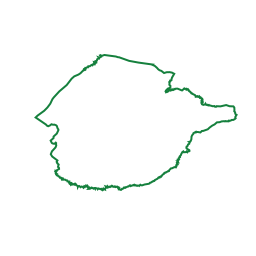 Ulanga, Morogoro, United Republic of Tanzania, rotated 217°
{"feature_id": "72390352B93515871634078", "entity_name": "Ulanga", "entity_type": "district", "adm_level": 2, "iso_a3": "TZA", "parent_name": "United Republic of Tanzania", "parent_adm1": "Morogoro", "projection": "albers", "projection_center": [36.287, -9.043], "detail": "fine", "context": "isolated", "style": "outline", "palette": "green", "viewbox_px": 256, "rotation_deg": 217, "n_neighbors": 0, "source": "geoboundaries", "source_scale": "gbopen_adm2", "svg_char_len": 5744}
<svg xmlns="http://www.w3.org/2000/svg" viewBox="0 0 256 256"><g transform="rotate(217 128 128)"><path d="M208.1,80.8L195.6,81.4L194.1,81.1L192.8,81.4L191.8,83.2L191.4,84.9L189.8,85.5L188.8,86.4L187.0,86.9L186.1,86.8L183.8,85.2L182.8,85.0L182.3,84.4L181.5,80.7L182.3,76.4L181.4,75.1L182.2,71.4L180.3,70.4L179.5,70.2L178.3,70.5L177.2,71.2L176.9,72.8L176.3,72.7L175.9,71.9L174.8,70.9L174.2,68.9L174.7,63.6L173.9,60.6L171.4,59.6L164.8,59.6L164.6,58.0L163.6,57.7L163.2,57.2L161.4,57.1L160.5,54.8L159.1,54.6L158.4,53.8L159.3,51.8L159.1,51.0L159.5,50.8L159.4,50.4L160.0,50.2L159.7,49.9L159.9,49.5L158.5,48.9L158.5,48.5L157.7,48.5L158.0,48.2L157.6,47.7L156.2,47.4L154.9,47.7L154.2,47.5L153.4,48.0L152.3,47.3L151.4,48.0L150.2,47.3L150.2,48.2L149.9,48.6L149.4,48.4L149.3,47.8L149.0,47.5L147.2,48.9L146.3,48.9L145.0,49.5L144.2,48.9L142.7,49.9L142.3,48.9L141.2,48.4L141.0,49.5L140.1,50.1L139.8,49.9L140.0,49.0L139.3,48.3L138.6,49.8L138.0,49.7L137.7,50.4L136.9,50.5L137.1,51.3L136.8,51.8L135.5,51.7L135.0,51.1L133.1,51.5L132.6,50.9L132.7,51.6L132.1,52.3L130.2,52.2L130.0,53.2L128.9,53.7L127.7,53.5L128.0,55.3L127.6,55.4L127.3,54.8L126.9,54.8L126.9,55.7L126.5,56.1L126.7,56.6L125.9,56.5L125.9,57.5L125.3,57.4L124.2,56.4L123.6,57.0L123.2,56.4L122.5,56.3L122.6,55.9L121.9,56.5L121.9,57.0L120.9,56.9L121.4,57.2L121.4,58.3L120.8,58.3L120.6,58.7L119.1,58.8L119.0,59.6L118.5,60.0L117.7,59.7L117.9,60.2L117.6,60.7L117.1,60.6L115.8,61.4L115.3,61.0L115.1,62.0L113.3,62.5L113.1,62.9L111.7,62.9L112.0,63.5L111.1,63.6L111.2,64.3L110.6,63.9L110.4,64.8L109.5,65.0L109.9,65.3L109.6,65.6L109.9,66.9L109.5,67.2L110.0,67.5L109.5,67.7L110.3,68.0L109.7,68.2L109.2,68.8L109.3,69.1L108.3,68.9L107.3,70.2L107.2,69.8L106.9,69.9L106.8,70.6L106.5,70.6L106.1,71.4L106.1,72.2L105.6,72.3L105.0,72.0L104.3,72.5L103.8,72.5L103.4,73.2L102.5,73.2L102.2,73.6L102.5,73.8L101.7,74.1L101.4,74.7L100.2,74.9L100.5,74.4L99.9,74.1L99.6,74.3L99.2,74.0L98.8,74.2L98.8,73.8L98.5,73.5L98.2,73.9L97.0,74.0L96.2,74.6L96.2,75.8L95.7,76.1L95.3,77.1L95.5,77.8L94.5,78.3L94.7,78.8L94.5,79.1L94.0,79.1L92.9,81.3L92.4,81.6L92.1,83.2L91.8,83.5L90.9,83.2L90.0,84.8L89.5,85.0L89.2,85.6L89.3,85.9L88.8,86.5L88.3,86.2L87.8,86.7L87.6,86.5L86.3,87.5L85.9,87.3L84.6,88.7L84.2,88.6L84.0,90.1L83.0,90.2L82.2,90.7L80.8,92.8L77.9,95.9L77.4,96.7L77.5,97.5L76.8,98.3L76.4,99.7L76.0,100.0L75.9,101.0L75.1,101.6L75.2,102.6L73.9,105.3L73.9,106.6L73.0,107.3L73.4,107.9L73.1,108.2L72.8,108.1L72.6,109.3L72.2,109.3L72.3,111.6L71.7,112.8L72.0,113.4L71.7,114.5L71.0,114.9L71.0,115.7L69.9,117.4L70.0,117.8L69.4,118.3L69.7,119.2L69.4,121.6L68.6,122.3L67.5,124.5L66.8,125.0L66.8,125.4L66.1,125.5L66.3,126.6L66.6,126.7L66.6,127.2L67.1,127.5L67.2,127.9L66.4,128.9L66.8,129.3L67.1,129.1L68.0,129.6L67.8,130.2L68.1,130.6L67.7,130.8L68.3,131.0L67.9,131.2L68.5,131.7L68.3,132.0L68.4,132.8L68.7,132.8L68.5,133.3L69.0,133.3L68.7,133.8L69.3,134.5L69.1,135.1L69.4,135.6L69.0,136.1L69.6,136.7L69.4,138.0L69.8,139.2L70.1,141.6L69.7,142.6L68.9,142.2L66.9,143.9L67.0,144.5L66.0,144.4L66.1,146.6L65.2,146.4L65.1,146.7L65.7,147.2L68.3,146.9L69.4,147.2L70.0,148.4L69.6,149.1L70.1,151.0L69.6,152.3L70.1,153.3L70.1,154.0L70.7,153.9L70.2,154.6L70.1,155.4L70.6,157.1L72.1,159.4L72.4,161.0L72.3,162.8L72.6,163.3L71.5,165.8L71.0,165.5L70.8,166.0L69.9,166.8L67.5,168.0L67.2,170.1L66.2,170.9L63.5,175.0L63.1,177.4L62.2,180.5L61.0,183.0L60.4,186.0L58.3,187.8L57.2,189.6L55.2,191.4L54.5,191.6L54.2,192.3L53.0,192.8L52.2,193.6L52.1,194.2L51.5,194.1L51.3,195.0L50.5,195.6L50.0,196.9L48.8,197.8L48.1,199.3L47.9,200.6L48.7,201.0L49.0,201.6L49.2,203.8L50.3,203.7L51.2,204.2L51.9,205.0L53.2,205.3L53.8,206.4L55.4,208.3L56.8,208.7L60.0,206.5L63.4,205.4L67.2,200.9L70.4,198.7L70.3,198.2L70.6,197.8L71.6,197.3L72.2,197.5L73.4,196.4L76.0,195.4L76.5,195.0L77.1,195.1L77.3,194.6L77.7,194.7L78.0,194.2L79.1,194.2L79.2,193.7L80.4,193.3L80.7,193.6L80.7,193.1L81.8,191.8L82.2,192.0L83.2,191.5L84.4,192.2L83.9,193.8L84.5,194.0L84.8,193.6L84.9,194.1L85.5,194.0L85.2,195.0L85.4,195.3L85.8,195.1L86.4,196.1L87.2,196.0L87.2,195.7L87.9,196.0L88.4,195.5L88.7,195.9L89.0,195.6L89.5,196.0L89.8,195.8L90.3,196.1L90.6,195.2L91.0,195.3L91.5,194.7L91.9,195.0L92.6,194.0L92.8,194.4L93.3,194.1L94.3,194.6L97.8,193.9L97.8,194.2L99.3,194.1L100.1,194.5L100.6,194.2L101.9,194.3L102.4,194.5L102.4,194.8L103.6,195.1L104.0,194.2L104.3,194.3L104.5,193.9L105.1,194.4L106.3,193.3L106.9,193.4L107.3,190.7L107.7,190.4L112.0,189.3L113.5,188.2L113.9,187.1L114.6,187.0L114.6,185.8L114.9,185.3L115.3,185.2L115.5,185.6L116.0,185.5L116.1,184.2L116.9,183.9L116.8,183.3L118.0,182.8L117.9,181.5L118.4,180.4L118.6,180.0L119.5,179.9L119.5,179.6L119.9,179.8L119.5,180.9L120.2,181.0L119.9,183.2L119.6,183.2L119.4,184.0L118.6,183.9L118.9,184.3L118.6,184.6L118.8,185.1L118.4,185.6L119.5,187.2L121.0,187.4L121.6,188.5L122.7,189.5L122.3,190.3L122.9,191.2L122.1,192.0L122.1,192.5L122.5,192.8L123.2,194.8L123.7,199.1L126.2,198.7L128.3,197.7L130.6,195.9L132.3,193.6L135.7,193.7L137.6,193.1L139.3,193.1L141.2,193.5L144.1,193.7L147.0,193.0L146.9,193.3L159.1,186.5L167.5,182.3L177.7,179.1L178.6,178.5L180.7,177.8L190.8,172.1L192.3,169.9L192.9,169.5L193.7,169.7L194.0,169.2L192.4,168.7L193.1,167.0L194.0,166.7L193.1,166.4L192.9,166.0L193.5,165.6L194.0,164.4L193.4,163.0L194.2,161.8L193.3,161.4L193.9,160.9L194.0,160.3L194.7,160.1L193.9,159.5L193.4,159.7L193.7,159.1L193.0,158.7L193.7,158.0L194.2,158.0L194.6,157.2L194.3,156.6L195.0,156.4L195.3,155.8L195.6,154.4L196.9,153.4L196.5,152.4L197.2,151.9L197.7,150.6L198.3,150.3L198.2,149.9L197.4,149.7L197.2,149.1L198.4,149.1L198.7,148.6L198.6,148.1L197.9,147.7L198.5,146.3L198.9,143.2L199.7,140.9L202.0,136.9L202.7,133.5L202.8,125.4L204.9,115.9L205.7,107.7L205.7,105.5L204.7,100.6L204.7,95.8L205.3,91.3L207.7,83.4L208.1,80.8Z" fill="none" stroke="#15803d" stroke-width="2"/></g></svg>